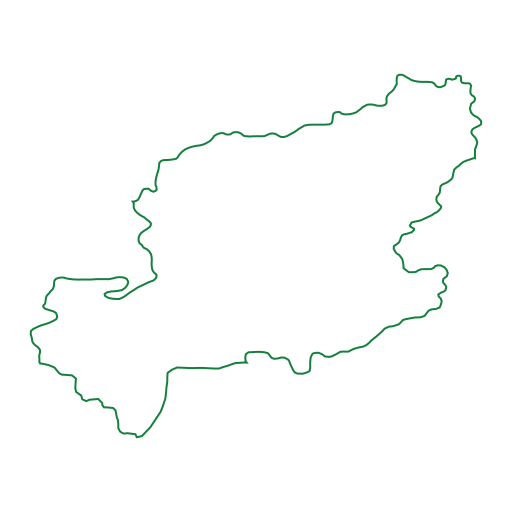 outline of Lyepyel, Vitebsk, Belarus
{"feature_id": "67162791B29799454608156", "entity_name": "Lyepyel", "entity_type": "district", "adm_level": 2, "iso_a3": "BLR", "parent_name": "Belarus", "parent_adm1": "Vitebsk", "projection": "natural_earth1", "projection_center": [28.695, 54.828], "detail": "fine", "context": "isolated", "style": "outline", "palette": "green", "viewbox_px": 512, "rotation_deg": 0, "n_neighbors": 0, "source": "geoboundaries", "source_scale": "gbopen_adm2", "svg_char_len": 6006}
<svg xmlns="http://www.w3.org/2000/svg" viewBox="0 0 512 512"><path d="M470.8,87.1L471.2,85.7L469.9,83.7L468.1,83.2L465.7,83.3L463.5,83.1L462.0,82.6L460.9,80.7L461.1,79.0L460.7,76.3L459.0,75.7L457.3,75.8L456.1,76.7L456.1,78.1L455.5,78.7L454.6,79.0L452.0,79.7L450.1,78.9L448.4,78.8L446.2,79.5L445.8,81.3L445.7,83.2L445.0,85.0L443.8,85.9L440.4,87.2L438.1,87.1L436.1,86.0L434.1,83.4L432.2,82.3L428.3,81.9L421.9,81.9L417.6,81.6L414.2,80.9L411.5,80.1L408.8,78.4L406.9,77.4L405.2,76.3L402.3,74.8L399.1,74.8L397.4,75.8L396.8,77.7L396.6,81.2L396.8,84.0L393.7,89.4L392.4,90.9L390.8,92.3L388.9,93.7L387.0,96.3L386.4,98.6L386.6,101.8L386.3,103.5L384.8,105.0L382.3,105.7L379.4,105.8L376.7,105.6L374.0,104.8L370.7,104.4L367.4,104.7L365.1,105.8L362.2,107.4L360.8,108.9L356.1,112.4L352.8,113.5L350.0,114.1L346.6,114.4L344.2,114.3L342.3,113.9L341.2,113.3L340.4,112.4L338.8,112.0L337.0,112.1L335.1,112.5L333.5,113.7L333.1,115.1L332.7,117.2L332.7,119.0L332.2,121.5L331.6,123.1L329.5,124.3L324.1,124.7L311.8,124.7L308.1,124.8L304.4,125.6L298.6,129.0L295.3,131.5L291.5,133.6L286.8,136.2L283.7,137.0L280.7,136.9L276.9,134.8L275.6,133.9L272.2,133.4L269.8,133.8L264.5,136.1L262.1,136.3L257.8,136.2L252.9,136.3L249.8,136.5L244.7,136.1L243.0,135.3L241.4,133.7L238.6,132.4L236.7,132.1L233.7,132.3L231.7,133.3L230.5,134.3L227.6,134.6L226.0,134.3L224.0,133.4L222.0,133.0L219.7,133.4L217.9,133.9L215.5,135.1L213.9,136.3L212.8,138.1L210.4,140.7L207.8,142.3L204.1,144.2L200.9,145.2L196.0,145.9L192.2,146.7L188.9,147.7L185.5,149.2L182.2,151.6L179.5,154.5L177.2,157.9L176.2,158.7L173.6,159.3L171.8,159.6L168.6,159.9L162.9,160.2L160.8,161.2L159.3,163.0L159.0,166.0L158.6,169.2L157.6,172.6L156.8,175.1L155.7,179.9L155.5,182.8L155.6,185.2L156.4,187.1L156.7,189.6L155.8,190.7L153.5,191.7L151.4,191.0L148.4,188.7L146.0,188.8L144.1,189.0L142.6,190.4L141.7,192.2L139.5,197.2L138.0,199.8L136.1,200.9L133.7,201.6L132.7,201.6L133.7,203.1L133.7,205.7L133.8,207.9L135.0,210.4L136.9,212.5L140.1,215.1L144.6,217.6L146.9,219.7L149.3,221.4L150.9,223.3L150.8,225.2L149.6,227.1L147.4,228.7L143.5,231.2L140.9,233.2L139.4,235.5L138.5,238.3L138.7,241.1L139.7,243.4L141.6,244.8L143.7,247.7L147.1,249.4L148.9,251.0L150.9,253.9L151.4,255.7L151.8,258.9L151.6,265.1L152.0,268.0L152.4,270.0L153.8,272.3L154.8,273.3L156.4,274.6L156.5,276.6L156.0,277.9L155.1,279.1L153.4,280.5L149.0,282.1L137.7,287.5L133.9,290.0L130.3,292.2L124.0,296.8L119.3,299.0L117.1,299.0L112.3,298.7L108.8,298.0L107.3,297.3L105.1,295.9L104.6,294.0L107.1,292.3L110.9,291.5L116.2,291.1L121.8,290.2L124.9,288.1L127.4,285.0L128.3,282.0L126.8,279.0L124.2,277.6L119.7,277.1L116.2,277.5L112.4,278.5L108.4,279.2L104.1,279.1L97.2,279.1L91.3,279.5L83.8,279.5L78.6,279.6L72.9,279.4L67.3,278.6L63.5,277.5L61.3,277.5L58.1,278.0L55.8,279.0L54.5,280.5L54.1,282.7L54.1,284.4L53.8,286.5L52.9,289.0L50.5,291.4L49.0,293.4L46.8,295.6L46.1,297.4L45.6,300.3L45.3,302.9L44.7,304.2L43.4,305.4L43.2,306.8L45.0,308.7L53.7,311.5L55.9,312.9L56.8,314.9L57.2,317.3L56.1,319.3L52.7,321.2L48.5,323.1L40.2,325.7L36.8,327.2L33.2,329.0L30.9,331.1L30.7,334.1L31.7,337.6L32.5,342.0L33.7,343.7L35.6,345.5L38.1,347.4L40.0,349.9L40.0,352.4L39.2,355.7L39.4,359.2L39.4,362.1L40.2,363.6L41.3,363.5L48.4,365.0L54.5,367.5L56.5,370.0L59.3,373.3L61.6,374.6L67.7,375.0L72.0,375.4L75.9,378.5L75.3,388.2L76.1,391.9L81.2,395.5L82.3,399.3L86.2,401.1L89.6,399.7L98.3,399.0L102.3,403.2L102.3,405.1L104.0,407.4L107.3,407.4L113.0,408.0L115.5,410.3L116.9,417.7L118.0,420.4L118.3,424.4L118.3,428.2L120.2,431.7L123.6,433.6L127.3,433.2L135.4,434.2L136.8,437.2L141.9,436.1L150.3,427.3L160.5,412.0L162.7,406.6L165.3,398.8L166.1,392.3L166.4,388.0L167.3,381.5L167.3,377.3L167.6,372.9L171.8,369.8L177.1,367.5L190.9,368.1L201.6,367.9L213.7,368.5L219.0,368.5L223.0,367.1L227.5,365.8L235.1,363.1L244.3,362.5L246.7,362.6L245.5,361.0L245.3,356.9L245.9,354.1L248.5,352.3L256.5,351.9L260.5,351.9L264.3,352.2L268.1,353.3L271.5,357.8L274.1,358.8L277.6,358.5L281.2,357.5L284.8,357.7L288.2,359.7L289.1,360.8L289.9,363.0L291.4,366.5L292.9,369.6L294.8,372.5L297.5,373.6L303.0,373.7L307.3,372.3L309.6,371.0L310.2,367.7L310.2,362.2L310.6,357.8L311.9,354.7L313.2,353.4L316.1,352.8L318.7,352.8L322.5,354.5L324.8,356.4L328.8,356.9L331.8,356.4L335.8,354.4L340.1,351.9L342.2,351.6L348.3,351.6L353.0,349.2L357.0,347.9L359.5,347.3L362.9,346.7L366.3,345.1L369.2,342.8L371.1,340.7L373.9,338.4L376.0,336.8L381.9,331.6L384.7,328.6L389.1,326.6L392.1,326.4L395.0,325.6L399.0,324.2L403.0,320.0L406.0,319.1L414.7,317.5L420.4,317.3L424.6,315.9L426.5,313.3L428.6,310.7L431.6,309.3L435.8,309.0L439.6,307.5L440.9,304.6L441.7,301.2L440.7,298.5L438.7,296.5L438.3,294.5L440.9,292.7L444.0,291.5L445.5,290.1L446.3,286.9L445.1,284.7L443.4,283.0L442.9,281.3L443.4,278.8L446.7,276.4L447.8,273.2L446.7,270.0L444.6,267.4L441.0,265.5L437.8,265.3L435.3,266.0L433.8,267.8L431.1,269.1L427.5,269.1L421.4,269.2L418.6,270.2L415.9,271.9L413.1,272.2L408.9,272.2L405.7,269.9L403.6,268.2L403.2,263.1L402.3,259.2L399.4,255.2L396.6,253.4L394.9,251.1L393.7,248.8L393.9,246.1L396.4,244.5L398.9,242.5L400.2,240.0L400.8,237.7L401.9,235.5L403.8,234.4L406.5,233.9L411.8,232.2L413.1,230.8L414.0,230.0L414.0,228.7L410.5,226.7L409.9,225.5L411.6,222.5L413.3,222.0L420.7,220.4L432.0,215.1L434.4,213.3L436.9,212.2L439.6,209.7L441.1,207.7L441.2,206.4L437.5,202.7L436.8,201.5L436.3,199.2L436.7,196.8L438.6,194.6L439.8,192.4L440.0,190.5L440.2,188.2L440.7,185.9L442.9,184.2L445.3,183.3L447.5,182.2L451.0,179.6L452.3,178.0L452.7,176.7L453.5,172.4L454.2,169.6L456.5,167.4L458.8,165.8L460.8,163.8L463.4,161.9L466.6,160.6L472.4,158.6L474.7,158.1L475.0,158.2L474.9,154.4L475.0,152.2L475.0,149.9L475.1,148.9L475.8,147.4L477.1,143.5L477.1,142.0L476.6,140.2L475.5,138.0L472.0,134.1L471.4,132.5L471.8,130.4L472.7,129.1L474.9,127.7L479.0,125.8L480.9,124.4L481.3,122.4L480.9,120.8L479.1,118.7L476.9,116.9L474.8,116.1L472.8,114.5L471.1,112.6L470.5,110.7L469.9,108.7L471.1,103.9L472.7,102.5L474.2,101.4L475.0,99.3L475.0,98.3L473.8,96.4L472.0,95.4L470.6,93.5L470.4,92.4L470.5,89.2L470.8,87.1Z" fill="none" stroke="#15803d" stroke-width="2"/></svg>